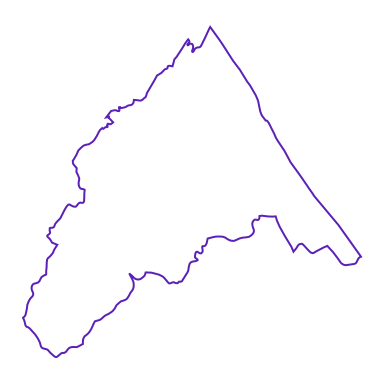 Dong Hoi, Quảng Bình, Vietnam (Robinson projection)
{"feature_id": "81297802B5400707592531", "entity_name": "Dong Hoi", "entity_type": "district", "adm_level": 2, "iso_a3": "VNM", "parent_name": "Vietnam", "parent_adm1": "Quảng Bình", "projection": "robinson", "projection_center": [106.568, 17.448], "detail": "fine", "context": "isolated", "style": "outline", "palette": "violet", "viewbox_px": 384, "rotation_deg": 0, "n_neighbors": 0, "source": "geoboundaries", "source_scale": "gbopen_adm2", "svg_char_len": 5885}
<svg xmlns="http://www.w3.org/2000/svg" viewBox="0 0 384 384"><path d="M23.0,317.8L24.2,320.3L24.7,322.0L25.2,324.4L25.7,325.8L26.5,326.7L28.3,327.4L29.7,328.4L35.2,334.5L37.5,337.9L38.5,339.7L39.5,341.7L40.2,343.5L40.5,345.0L40.9,346.2L41.5,347.3L42.5,348.1L43.5,348.5L46.7,349.3L48.0,350.1L50.3,352.8L53.1,355.3L54.7,356.6L55.6,357.0L56.5,357.0L57.6,356.4L59.7,354.6L61.3,353.3L62.3,352.8L63.1,353.0L64.2,352.9L65.9,351.9L67.9,349.3L69.4,347.8L71.2,347.2L72.8,347.0L76.9,347.1L78.7,346.2L82.9,344.0L82.9,341.9L83.0,339.9L83.7,337.8L84.7,336.2L85.8,335.5L88.3,333.3L89.9,331.3L91.4,328.7L92.7,325.9L93.6,323.8L94.3,322.4L95.1,321.2L99.6,320.0L101.7,318.6L104.3,316.2L105.6,315.3L108.6,313.9L111.6,311.9L113.1,310.6L115.0,308.1L116.0,306.1L116.6,305.1L119.5,302.5L121.2,301.2L123.5,300.6L125.6,299.7L127.1,298.6L129.0,295.6L130.6,292.5L131.9,291.0L133.1,288.9L133.7,286.5L133.7,283.7L133.3,281.6L132.1,278.9L129.2,273.4L132.0,275.8L134.6,278.4L136.0,279.1L137.2,279.4L138.7,279.5L140.3,279.1L141.8,278.1L143.4,276.8L144.5,275.7L145.0,274.6L145.5,273.1L145.6,272.5L146.2,272.4L151.7,272.7L153.0,273.1L155.5,273.7L158.5,274.5L161.2,275.7L163.4,277.0L166.2,280.2L167.5,281.8L168.5,282.9L169.0,283.3L169.6,283.4L170.5,283.2L173.2,282.2L173.8,282.2L174.9,282.8L175.9,283.1L177.4,283.2L177.9,282.9L179.0,281.7L180.5,281.7L181.5,281.5L182.0,281.1L183.2,279.1L184.6,277.0L185.0,276.2L185.7,275.2L186.4,274.0L187.0,273.2L187.3,272.7L188.2,270.7L188.5,269.2L188.6,268.0L188.9,266.4L189.4,264.5L189.9,263.4L190.5,262.7L191.4,262.0L192.6,261.6L194.3,261.3L195.7,261.1L196.9,260.6L197.6,260.2L197.5,259.6L196.6,258.8L195.2,257.7L195.0,257.1L195.1,255.2L195.4,253.5L195.9,252.4L196.5,251.8L197.2,251.8L197.7,252.0L198.7,252.6L199.9,253.3L201.0,253.4L201.3,253.3L201.7,252.8L202.2,252.3L202.5,251.7L202.7,250.5L202.2,247.4L202.2,246.9L202.3,246.5L202.6,246.2L203.5,246.2L204.7,246.0L205.3,245.6L205.9,244.7L206.4,243.8L206.8,242.6L207.4,239.7L207.7,238.5L212.4,237.3L215.8,236.6L218.8,236.5L221.6,236.6L223.5,236.9L225.4,237.7L227.3,239.0L229.5,240.2L231.2,240.7L232.9,240.9L234.2,240.8L235.5,240.3L239.7,238.4L242.3,237.7L246.5,237.3L249.3,236.7L251.6,235.0L253.0,233.5L253.6,232.5L253.9,231.3L253.9,230.3L253.5,228.9L252.7,226.7L252.4,225.0L252.3,223.2L252.7,222.0L253.3,220.9L254.2,220.0L255.1,219.6L255.9,219.6L257.8,220.0L258.3,219.8L258.9,219.3L259.3,218.5L259.4,217.4L259.5,216.0L262.1,215.7L266.7,216.3L269.3,216.5L272.6,216.6L275.7,216.4L277.0,220.8L279.8,227.0L284.9,236.1L291.4,246.8L293.5,251.7L296.2,248.4L298.0,245.5L299.0,244.5L300.1,244.0L301.6,243.8L302.3,243.9L303.9,245.4L308.2,250.1L310.4,252.3L311.6,252.9L312.6,253.1L313.5,253.0L316.7,251.1L323.6,247.5L327.3,245.9L333.1,252.2L337.5,258.0L341.0,263.0L342.2,263.9L343.8,264.8L345.7,265.2L353.9,264.0L355.6,263.4L356.4,262.5L358.0,259.3L358.7,258.1L360.0,257.1L361.0,256.7L338.5,225.1L313.8,195.6L313.2,194.4L311.1,191.4L309.3,188.9L307.4,186.0L305.1,182.7L302.3,178.6L300.4,175.9L298.5,173.2L291.0,162.9L290.1,161.4L288.1,157.6L284.3,150.6L279.4,143.3L276.8,139.3L275.7,137.3L274.0,133.3L272.1,129.6L268.8,123.0L267.4,121.1L266.8,120.6L266.3,120.6L265.7,120.6L261.8,115.4L260.3,111.6L258.9,104.9L258.2,101.4L257.5,99.3L255.7,95.2L249.9,85.2L247.1,81.5L239.9,69.8L233.2,61.0L222.2,43.9L219.9,40.5L210.2,27.0L209.4,28.4L204.6,38.7L202.6,42.7L202.3,43.5L201.5,44.8L201.4,45.1L201.0,46.0L199.9,47.1L198.9,47.4L197.7,47.4L196.0,48.0L194.9,48.9L193.9,50.8L193.2,51.7L192.8,52.0L192.3,51.8L192.1,51.4L192.2,50.6L192.7,49.3L193.2,46.8L193.0,45.8L192.4,44.2L191.7,43.9L190.6,43.7L189.7,43.7L189.2,44.1L188.5,45.1L187.7,45.2L187.4,44.6L187.7,44.0L189.1,42.4L189.4,41.6L189.3,41.0L189.0,40.4L188.2,39.4L187.2,40.6L185.2,43.4L182.2,48.3L176.6,56.9L174.7,58.9L174.1,60.3L174.0,61.0L172.5,66.3L170.4,65.9L168.9,65.8L168.1,66.1L167.7,66.6L167.4,68.3L166.8,68.7L165.6,69.1L164.6,69.5L162.4,71.9L161.1,73.1L156.9,75.6L156.3,76.9L153.7,81.6L146.9,93.1L146.3,95.4L145.6,97.1L144.1,98.2L142.4,99.8L141.0,100.5L139.5,100.6L137.6,100.2L135.8,100.1L133.9,99.9L133.5,102.7L132.2,104.5L130.5,105.2L129.1,105.3L128.4,105.5L127.4,105.9L126.6,106.5L124.7,107.4L120.4,108.2L120.0,107.1L119.0,107.3L119.0,108.3L119.3,109.3L119.4,110.5L119.0,111.1L117.5,111.0L116.4,110.4L114.7,110.2L111.1,111.0L106.2,117.4L109.0,116.8L108.8,118.1L109.6,118.6L113.1,122.3L112.3,123.1L111.5,123.6L110.7,124.1L110.3,124.2L109.3,124.2L108.3,123.7L107.8,123.8L107.4,124.4L107.0,125.6L107.6,126.1L107.6,126.6L107.4,127.0L106.8,127.1L105.8,127.2L105.0,127.4L103.4,128.8L102.6,128.6L102.2,128.1L100.9,129.2L100.0,130.1L98.7,132.2L96.8,136.0L94.2,140.1L92.5,141.9L89.0,144.2L87.4,144.5L84.8,145.1L83.9,145.5L82.8,146.2L80.9,147.9L78.4,150.4L76.3,155.1L73.7,159.5L72.8,160.7L72.8,161.2L73.0,163.0L73.3,164.1L76.7,168.2L76.4,171.9L78.2,175.6L79.2,178.3L79.2,179.4L78.7,182.1L78.6,183.8L78.8,185.3L79.4,186.9L79.7,187.6L80.1,188.0L80.6,188.5L81.4,188.9L82.6,189.0L84.3,189.5L84.6,189.7L84.6,190.6L84.3,193.8L84.3,196.5L84.1,200.9L83.8,201.9L83.3,202.5L82.9,202.8L81.7,202.9L80.4,202.6L79.5,202.8L78.5,203.5L77.3,205.0L76.1,206.5L75.4,206.7L74.4,206.7L73.5,206.6L71.8,205.8L69.7,204.6L68.9,204.5L68.3,204.7L67.3,205.7L66.2,207.1L64.2,210.6L61.3,216.4L60.1,218.6L57.7,220.9L55.8,223.1L54.9,224.4L54.6,225.6L54.1,226.6L53.6,227.3L52.9,227.6L51.7,227.8L50.7,227.8L50.0,228.0L49.7,228.3L49.7,229.3L49.7,230.8L50.1,232.6L49.8,233.3L49.0,234.3L47.6,235.2L47.3,235.6L47.3,236.4L47.7,237.0L48.8,238.0L50.0,239.2L51.3,241.3L52.0,242.6L54.7,243.7L57.3,244.8L54.1,249.9L53.1,252.5L52.0,254.1L49.8,256.6L48.0,258.1L47.2,259.4L46.8,261.7L46.5,268.5L46.2,270.5L46.2,274.2L45.9,274.7L44.3,275.3L42.5,276.4L41.3,277.4L39.4,281.2L38.1,282.5L36.0,283.2L33.5,283.9L32.5,284.9L31.7,286.7L31.6,288.4L31.8,289.9L32.6,291.7L33.2,293.4L33.2,294.7L32.6,296.1L30.2,298.7L28.7,301.3L27.3,304.9L27.0,307.9L26.3,311.5L25.6,314.5L25.2,315.6L24.2,316.8L23.0,317.8Z" fill="none" stroke="#5b21b6" stroke-width="2"/></svg>